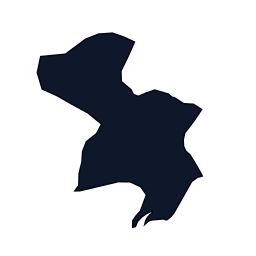 map outline of Neftçala (Albers equal-area conic projection), rotated 77°
{"feature_id": "AZE-1710", "entity_name": "Neftçala", "entity_type": "District", "adm_level": 1, "iso_a3": "AZE", "parent_name": "Azerbaijan", "parent_adm1": "", "projection": "albers", "projection_center": [49.135, 39.338], "detail": "fine", "context": "isolated", "style": "filled", "palette": "ink", "viewbox_px": 256, "rotation_deg": 77, "n_neighbors": 0, "source": "natural_earth", "source_scale": "10m", "svg_char_len": 1018}
<svg xmlns="http://www.w3.org/2000/svg" viewBox="0 0 256 256"><g transform="rotate(77 128 128)"><path d="M191.5,66.5L191.6,71.3L194.4,78.0L220.4,101.8L223.8,105.9L226.1,110.6L225.8,112.2L224.6,113.4L222.9,125.5L223.3,129.1L225.6,133.3L222.2,131.5L219.6,129.2L217.7,126.5L216.1,123.4L214.4,123.4L215.4,128.8L217.8,134.7L221.3,139.9L225.7,143.0L225.7,145.7L219.4,144.2L215.4,139.8L211.8,134.6L197.4,125.1L188.1,128.7L180.9,138.1L178.1,149.6L178.3,189.2L177.3,193.9L172.9,188.8L161.4,185.9L150.5,180.4L140.7,177.5L132.0,171.6L126.4,159.9L118.3,152.8L104.2,163.7L91.5,178.0L80.5,189.9L70.7,202.8L53.7,203.9L38.8,197.0L42.0,172.4L32.0,149.4L29.9,135.6L32.1,121.8L38.5,111.6L45.7,102.4L58.4,112.0L70.9,122.1L81.3,124.1L91.3,116.5L96.6,115.2L99.5,110.8L98.0,102.4L97.1,93.4L103.9,81.2L105.1,80.3L107.9,78.2L108.9,76.0L116.7,68.5L118.5,62.7L119.6,58.9L126.5,52.1L135.8,62.0L145.5,73.8L151.7,76.8L158.3,78.0L163.4,77.0L168.3,73.6L179.1,70.0L189.8,66.8L191.5,66.5Z" fill="#0f172a" stroke="#020617" stroke-width="1.5"/></g></svg>